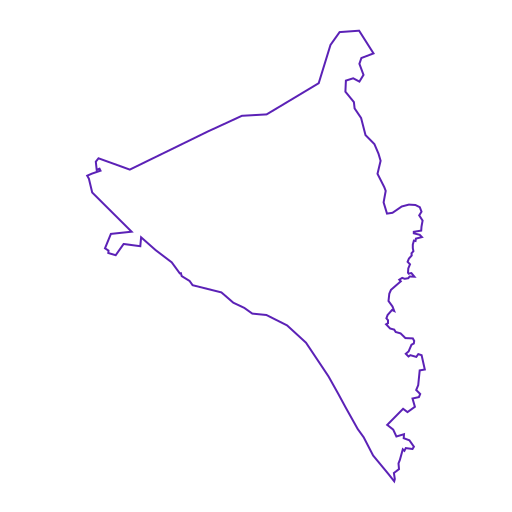 Pachyammos, Nicosia, Cyprus
{"feature_id": "46923920B29688207074425", "entity_name": "Pachyammos", "entity_type": "district", "adm_level": 2, "iso_a3": "CYP", "parent_name": "Cyprus", "parent_adm1": "Nicosia", "projection": "equal_earth", "projection_center": [32.589, 35.164], "detail": "fine", "context": "isolated", "style": "outline", "palette": "violet", "viewbox_px": 512, "rotation_deg": 0, "n_neighbors": 0, "source": "geoboundaries", "source_scale": "gbopen_adm2", "svg_char_len": 2075}
<svg xmlns="http://www.w3.org/2000/svg" viewBox="0 0 512 512"><path d="M192.6,285.2L201.4,287.4L221.4,292.4L233.3,302.7L244.3,307.9L252.3,313.6L266.4,315.0L287.1,325.4L306.0,342.7L328.5,376.4L338.3,393.9L345.5,407.2L357.7,429.0L363.7,437.3L373.1,455.5L388.5,474.1L394.2,481.3L394.8,479.0L393.9,473.0L399.0,469.1L398.5,463.4L399.9,459.8L402.8,449.3L404.4,450.8L405.8,448.1L412.5,449.0L413.9,446.7L409.4,440.3L403.7,438.2L404.0,434.2L396.4,436.5L393.2,429.6L387.2,424.9L403.1,408.8L407.5,412.1L414.9,406.8L412.5,398.5L418.9,397.1L420.2,394.0L416.2,390.0L418.2,385.2L419.7,370.4L424.8,369.5L421.6,355.2L418.3,354.1L416.3,356.9L410.4,355.2L408.5,356.5L405.8,353.8L408.6,351.4L411.5,344.7L413.8,343.5L414.2,340.9L412.8,338.4L405.4,338.1L400.6,333.4L395.7,332.0L394.2,329.6L390.1,328.5L386.1,324.3L388.0,323.2L388.0,320.2L386.4,318.3L387.6,315.0L392.0,310.0L394.2,311.0L392.5,306.5L388.5,301.0L389.3,293.7L391.0,289.8L400.8,281.3L399.3,279.7L402.2,277.9L404.7,278.8L408.3,278.2L409.6,276.5L414.4,276.7L411.4,273.1L410.0,273.3L408.7,273.7L408.0,272.7L408.3,268.4L410.0,264.3L407.6,261.8L408.9,258.6L411.7,255.5L411.5,253.3L413.4,251.2L412.8,248.1L412.8,244.6L413.9,240.6L415.5,241.0L415.9,238.6L421.9,237.1L419.7,234.8L413.8,233.3L413.8,231.8L421.2,230.6L421.5,226.6L422.6,220.6L419.2,215.4L421.5,211.7L419.8,207.2L415.4,205.0L408.9,204.6L401.7,206.5L392.5,212.8L387.0,213.6L383.6,202.4L385.7,190.9L384.3,187.2L377.5,173.8L380.6,160.8L378.5,153.7L374.4,144.1L365.5,135.1L361.1,118.0L354.6,108.4L353.9,102.1L345.4,91.7L345.9,80.6L353.2,78.3L359.4,81.6L363.5,74.9L359.4,63.8L361.4,58.0L373.5,53.4L359.1,30.7L339.6,32.1L330.5,44.9L318.7,83.2L266.6,114.4L241.9,115.8L208.0,131.4L129.8,169.6L98.5,158.3L95.8,161.7L96.7,169.8L99.5,168.7L100.5,170.7L92.0,173.6L87.2,175.7L88.9,178.7L92.2,192.5L131.6,231.7L110.9,233.9L105.0,248.3L108.5,250.6L108.3,253.0L109.9,253.5L115.7,255.2L123.6,244.0L140.3,246.2L141.1,237.3L155.6,250.1L168.5,259.9L171.7,262.3L179.8,273.4L180.9,273.2L181.1,274.0L181.7,276.1L189.5,280.9L189.7,281.1L192.6,285.2Z" fill="none" stroke="#5b21b6" stroke-width="2"/></svg>